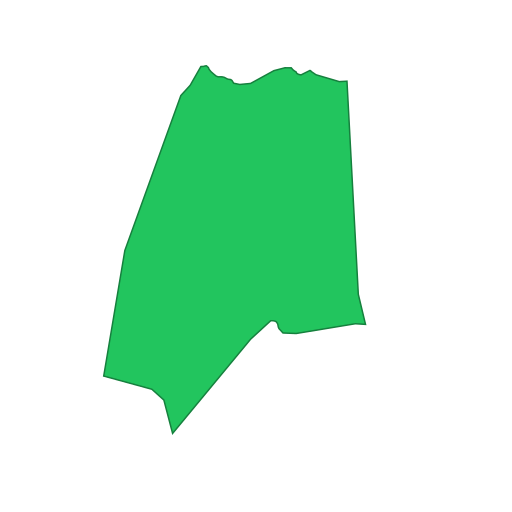 the Parish of Saint Andrew, rotated 19°
{"feature_id": "BRB-1990", "entity_name": "Saint Andrew", "entity_type": "Parish", "adm_level": 1, "iso_a3": "BRB", "parent_name": "Barbados", "parent_adm1": "", "projection": "natural_earth1", "projection_center": [-59.584, 13.25], "detail": "fine", "context": "isolated", "style": "filled", "palette": "green", "viewbox_px": 512, "rotation_deg": 19, "n_neighbors": 0, "source": "natural_earth", "source_scale": "10m", "svg_char_len": 840}
<svg xmlns="http://www.w3.org/2000/svg" viewBox="0 0 512 512"><g transform="rotate(19 256 256)"><path d="M285.1,61.1L365.2,258.9L381.8,285.0L372.0,287.7L319.2,316.2L306.6,320.0L301.4,317.2L300.2,315.9L298.8,313.4L297.7,312.4L296.6,311.6L295.1,311.4L293.4,311.6L291.0,312.4L278.0,336.4L234.9,450.9L215.8,422.2L200.9,415.9L151.1,419.1L130.2,293.5L132.7,128.7L138.2,116.0L142.2,94.8L144.7,93.8L146.1,92.8L147.3,92.3L148.3,92.8L149.6,93.3L150.9,94.8L153.5,96.4L156.4,97.6L159.9,98.9L161.9,98.9L164.1,98.1L165.8,97.6L167.8,97.4L171.0,97.9L172.2,97.9L173.6,97.6L174.7,97.4L176.2,97.9L178.6,99.9L184.8,99.1L194.7,94.6L212.6,74.9L222.1,68.6L228.1,66.6L230.1,67.8L232.3,68.6L233.8,68.8L235.2,70.1L237.2,70.4L239.6,70.1L246.6,63.0L247.4,63.0L247.9,63.5L253.7,65.1L278.0,64.0L285.1,61.1Z" fill="#22c55e" stroke="#15803d" stroke-width="1.5"/></g></svg>